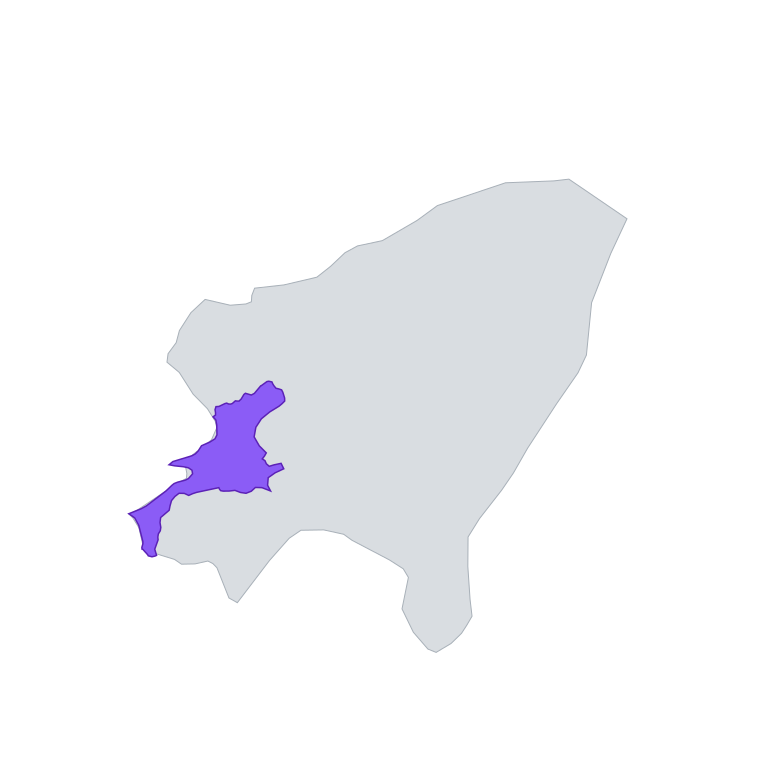 location of Muyinga within Burundi, rotated 213°
{"feature_id": "BDI-2644", "entity_name": "Muyinga", "entity_type": "Province", "adm_level": 1, "iso_a3": "BDI", "parent_name": "Burundi", "parent_adm1": "", "projection": "robinson", "projection_center": [30.357, -2.724], "detail": "fine", "context": "in_parent", "style": "filled", "palette": "violet", "viewbox_px": 768, "rotation_deg": 213, "n_neighbors": 0, "source": "natural_earth", "source_scale": "10m", "svg_char_len": 2585}
<svg xmlns="http://www.w3.org/2000/svg" viewBox="0 0 768 768"><g transform="rotate(213 384 384)"><path d="M527.2,136.1L522.8,142.7L502.3,190.1L498.3,197.2L500.6,201.6L509.3,210.5L504.2,225.5L502.1,229.5L498.3,243.4L500.4,256.2L505.3,260.9L518.6,267.1L538.5,271.5L562.0,282.2L577.9,284.1L581.6,291.8L580.8,305.5L584.7,317.4L584.8,338.7L580.1,357.5L555.9,366.3L543.4,375.9L540.0,380.7L543.1,386.3L544.7,393.9L521.9,412.6L498.5,437.0L492.9,453.5L488.2,472.9L481.4,485.4L463.5,503.3L445.3,539.3L436.4,562.7L391.7,618.9L352.1,646.9L340.5,656.5L270.2,654.9L264.9,617.0L254.2,565.3L230.0,518.5L227.4,499.0L228.5,461.3L228.6,408.4L227.0,379.9L227.5,359.1L230.6,323.0L230.2,301.5L214.3,276.6L194.5,250.2L183.7,237.2L183.2,226.7L183.2,217.1L186.4,203.0L194.1,187.3L202.8,185.6L224.2,191.8L246.4,205.2L258.2,235.1L267.2,239.5L283.6,239.4L325.6,235.5L336.0,236.0L355.1,228.8L374.0,216.1L379.5,203.0L383.9,173.7L387.9,120.7L397.5,120.1L424.0,138.9L429.7,140.2L435.3,139.6L444.5,130.2L455.7,122.6L464.1,122.8L494.8,114.0L511.3,130.0L521.7,134.9L527.2,136.1Z" fill="#d9dde1" stroke="#a8b0b8" stroke-width="1"/><path d="M488.1,111.5L489.2,112.1L496.3,114.0L497.0,113.7L498.1,115.1L499.2,118.7L500.5,120.6L512.7,131.9L520.1,135.9L527.4,136.2L520.0,146.7L517.0,152.1L508.6,175.5L506.7,183.5L505.8,186.2L503.6,189.3L498.3,195.1L496.5,198.2L495.6,204.4L498.1,207.1L502.4,207.2L507.1,205.4L515.1,201.3L520.3,199.2L518.8,204.0L506.0,219.2L504.2,222.6L503.4,226.5L503.4,232.9L498.5,240.4L495.9,246.0L496.4,250.4L502.0,258.6L505.4,262.2L509.5,263.4L508.4,266.2L509.7,268.2L511.7,270.4L512.6,273.5L510.2,275.3L506.7,281.0L505.5,282.3L503.4,282.6L501.7,283.6L500.6,285.0L499.5,288.9L497.9,289.7L496.3,290.7L495.6,293.6L495.8,298.9L495.2,300.7L489.3,302.5L487.6,305.5L486.4,315.3L486.1,315.5L483.5,322.3L482.1,323.6L479.1,324.7L477.5,323.6L475.4,322.6L472.3,321.6L469.5,322.6L466.7,323.3L464.4,322.0L459.7,318.1L458.0,315.6L458.8,311.9L459.9,308.3L464.6,298.4L467.9,288.0L467.9,277.9L464.1,268.9L454.9,264.2L445.2,262.1L445.0,258.5L445.3,254.9L442.1,254.9L439.2,253.0L435.4,252.5L432.2,256.3L427.1,261.4L421.9,258.3L426.9,250.3L430.1,242.4L426.5,235.7L420.9,232.5L429.9,230.6L435.5,227.2L436.9,221.8L440.2,217.2L445.2,214.9L451.1,213.6L455.8,209.7L460.7,206.5L462.9,205.6L464.7,206.2L466.1,207.1L482.1,191.1L484.7,187.9L487.1,184.2L491.9,183.5L496.4,180.7L498.1,175.8L498.7,170.5L497.1,165.3L495.4,161.1L498.6,150.4L496.4,145.8L493.1,142.2L491.7,139.1L491.6,135.4L490.3,132.4L488.6,130.3L486.3,120.6L481.4,116.4L482.3,115.0L484.5,112.7L488.1,111.5Z" fill="#8b5cf6" stroke="#5b21b6" stroke-width="1.5"/></g></svg>